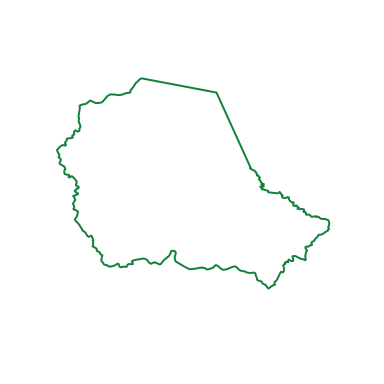 Vallecillo, Francisco Morazán, Honduras, rotated 113°
{"feature_id": "27666195B71251784838701", "entity_name": "Vallecillo", "entity_type": "district", "adm_level": 2, "iso_a3": "HND", "parent_name": "Honduras", "parent_adm1": "Francisco Morazán", "projection": "equal_earth", "projection_center": [-87.364, 14.533], "detail": "fine", "context": "isolated", "style": "outline", "palette": "green", "viewbox_px": 384, "rotation_deg": 113, "n_neighbors": 0, "source": "geoboundaries", "source_scale": "gbopen_adm2", "svg_char_len": 6023}
<svg xmlns="http://www.w3.org/2000/svg" viewBox="0 0 384 384"><g transform="rotate(113 192 192)"><path d="M167.4,325.7L167.6,325.2L167.8,324.9L170.0,324.4L171.8,323.6L172.6,322.8L173.2,321.9L175.3,320.3L175.9,320.1L177.6,320.5L179.1,319.6L179.4,319.6L180.1,319.8L181.1,321.0L181.1,321.6L180.7,323.2L180.8,323.5L181.1,323.7L183.2,324.1L184.4,323.1L184.9,322.9L185.4,323.2L186.1,323.8L187.2,324.2L188.2,323.2L188.7,323.1L189.0,323.4L189.2,324.1L189.6,324.4L190.4,325.7L191.3,327.6L191.7,327.9L194.4,327.6L196.3,328.3L197.5,326.8L197.9,326.5L198.4,326.5L198.8,326.8L198.9,327.9L199.3,329.3L200.1,330.1L201.8,331.2L205.9,332.6L206.4,332.5L208.6,330.1L209.1,329.1L209.5,328.7L210.1,328.4L211.7,328.5L212.2,328.3L212.6,326.4L213.0,325.8L214.3,325.1L216.3,325.4L216.9,325.3L217.3,325.1L217.7,324.5L217.9,323.6L218.5,319.5L220.1,317.8L220.6,317.5L221.2,317.8L221.8,317.9L223.7,317.4L224.9,316.4L225.1,315.9L225.1,314.8L224.5,312.4L224.5,311.6L224.9,311.2L226.4,311.4L226.6,310.9L226.3,310.2L225.3,309.6L224.6,309.0L224.4,308.5L224.6,307.8L226.0,304.5L227.4,302.1L230.5,301.7L231.2,301.3L231.4,299.0L231.7,298.3L232.3,298.0L232.9,298.0L233.3,298.3L233.5,299.0L233.8,299.4L235.1,299.4L236.2,300.3L236.8,300.4L237.1,300.1L237.4,299.5L237.7,296.8L238.1,296.4L238.5,296.2L239.0,296.5L240.1,297.8L241.2,298.6L241.8,299.6L242.1,299.7L242.4,299.4L242.8,298.5L244.8,296.5L245.5,296.4L248.0,296.9L249.2,296.9L249.7,296.7L251.0,295.1L251.7,294.6L252.3,294.4L253.0,294.6L254.1,294.4L254.3,294.0L254.0,293.0L254.3,290.5L254.5,289.7L254.9,289.3L256.5,288.8L258.7,288.5L260.2,288.5L262.2,289.0L263.1,288.9L263.6,288.6L265.5,284.2L266.8,282.1L267.6,281.2L269.0,278.8L269.8,278.2L270.3,277.5L270.7,275.2L271.0,274.2L273.4,271.1L273.6,269.5L271.9,268.1L271.7,267.6L271.9,267.0L272.5,266.3L273.3,265.7L273.8,265.1L274.9,264.0L275.8,264.3L277.0,263.1L278.3,263.0L279.6,262.2L280.9,262.1L281.2,259.1L281.4,257.9L281.8,257.3L282.9,256.9L283.4,256.5L283.5,253.5L283.8,253.2L284.7,252.7L285.3,249.8L285.6,249.6L286.6,249.6L290.4,248.8L291.0,248.2L292.0,246.1L292.9,245.0L293.1,244.5L292.6,241.3L293.1,239.7L292.5,237.9L291.5,236.4L290.5,235.2L289.2,234.0L287.5,232.8L286.9,232.1L287.0,231.5L288.9,229.7L289.2,228.7L289.0,228.1L287.6,226.1L286.5,223.1L284.3,222.9L283.4,222.4L282.7,221.3L282.3,219.8L281.4,218.4L280.6,218.8L279.5,220.1L279.0,220.2L278.6,220.0L275.8,216.5L274.4,213.9L273.1,212.4L272.3,210.8L271.9,209.1L272.0,207.4L272.4,206.1L273.9,203.7L274.1,202.2L273.9,201.4L271.9,199.7L271.3,198.9L271.3,195.4L271.4,194.2L271.1,193.2L270.6,192.7L269.9,192.4L267.5,191.9L265.4,191.1L259.4,188.0L257.0,187.9L254.4,188.0L253.9,187.5L253.6,186.5L253.2,184.5L253.4,184.0L253.8,183.6L255.4,182.8L258.0,182.7L259.1,182.3L260.8,181.3L261.8,180.3L262.3,179.7L262.6,178.4L262.7,176.3L263.0,175.4L263.1,173.4L263.6,170.5L264.0,164.8L263.7,163.5L262.9,161.8L260.6,157.9L259.6,156.6L257.9,153.8L257.1,150.9L257.0,150.0L257.4,149.2L257.5,148.5L257.4,147.7L257.0,147.0L255.7,145.4L253.3,143.0L250.6,142.0L250.1,141.5L249.9,140.6L249.8,139.5L251.1,136.1L251.4,133.6L251.3,132.5L249.6,129.9L245.3,125.7L244.2,124.3L243.7,123.3L243.7,122.4L243.9,121.3L244.8,119.2L245.3,118.0L245.3,115.8L245.1,114.6L244.6,113.2L244.5,109.3L244.4,108.5L243.8,106.8L242.4,104.2L241.9,103.1L241.9,102.5L242.7,101.4L244.1,100.5L245.8,98.7L247.0,98.0L247.5,97.4L247.6,96.3L247.3,94.2L247.4,92.9L247.7,92.3L248.6,91.4L248.9,87.8L250.4,85.4L250.8,84.3L250.7,83.6L248.1,82.3L245.8,80.5L244.8,79.5L244.1,80.3L242.9,80.7L242.0,80.5L240.6,79.8L239.1,79.5L231.3,79.1L230.6,78.7L230.5,77.1L230.2,76.8L229.7,76.6L228.3,76.7L227.4,76.9L225.5,78.1L224.0,79.3L222.7,79.0L222.5,78.5L221.4,78.0L220.8,78.2L220.8,78.7L220.4,78.8L219.1,77.5L219.2,76.7L219.0,76.2L217.6,76.7L216.5,76.6L216.5,76.0L216.7,74.7L216.6,73.7L216.4,72.7L216.0,72.2L215.4,72.1L214.5,72.5L212.2,74.2L211.6,74.0L211.1,73.2L210.7,72.3L210.6,71.4L211.0,65.5L210.5,63.4L210.5,61.3L210.2,60.9L209.7,60.9L207.4,62.4L205.6,63.0L202.2,63.6L201.4,63.2L201.0,63.2L200.6,63.5L199.9,65.0L199.1,65.9L197.9,65.8L197.5,65.4L196.8,63.5L195.3,62.7L194.0,61.0L193.7,61.0L193.3,61.2L192.5,62.1L191.7,62.2L190.9,61.9L189.2,60.4L187.9,60.4L186.8,60.2L183.7,58.8L182.1,58.8L181.7,58.4L181.2,57.1L179.5,55.2L176.7,53.6L174.6,51.9L173.8,52.1L172.5,51.4L171.4,52.8L169.0,52.9L167.2,53.4L165.7,54.5L164.7,55.6L164.8,58.6L166.2,62.5L166.1,64.2L165.5,65.3L165.4,66.0L166.5,67.9L166.3,68.3L165.9,68.4L166.0,68.8L166.6,69.6L168.0,72.0L167.6,73.9L167.2,74.5L167.0,75.2L167.2,75.9L168.1,77.5L168.2,77.9L168.0,78.2L167.2,78.8L166.7,79.0L166.5,79.3L166.4,79.7L166.7,80.8L166.6,81.5L166.5,81.8L166.2,81.8L165.2,81.4L164.3,82.4L164.8,84.5L165.7,85.9L165.5,86.3L164.9,87.1L164.8,87.5L165.0,87.7L166.0,87.8L166.2,88.1L164.8,88.8L164.1,89.3L163.6,90.8L163.7,91.1L164.5,91.3L164.7,91.5L164.8,93.5L161.9,94.5L161.9,95.0L162.4,95.5L162.6,96.0L162.1,97.5L162.0,98.3L160.8,99.9L159.2,100.8L159.2,101.4L159.4,102.0L160.8,103.3L161.7,105.4L161.8,105.8L161.0,107.5L160.6,107.6L159.9,107.3L159.3,108.8L158.2,110.2L157.8,111.2L157.9,111.5L159.2,111.9L159.5,112.2L160.2,114.1L162.3,121.1L162.4,121.5L162.2,121.9L161.3,122.3L161.2,122.4L161.4,124.7L161.6,127.4L162.2,128.3L162.2,128.8L161.1,129.3L160.7,130.5L160.0,129.2L159.1,128.5L158.8,128.4L158.8,130.4L158.7,130.8L158.4,130.9L158.1,130.7L157.1,129.0L156.8,129.0L156.7,130.6L156.2,132.5L155.2,132.9L154.3,135.0L153.9,135.5L153.4,135.6L152.4,135.1L152.2,135.2L151.6,136.5L151.0,137.4L151.4,138.4L151.3,138.8L151.1,138.9L150.4,138.9L148.5,141.4L148.0,142.9L147.9,145.9L147.4,147.9L147.1,147.9L146.8,147.5L90.9,208.3L106.8,281.5L107.0,282.5L107.6,283.4L109.3,284.4L111.8,285.4L114.3,286.5L117.7,286.9L121.7,288.1L123.5,288.1L124.5,287.8L124.8,287.9L126.1,290.3L128.1,292.9L129.7,294.3L131.7,297.9L132.0,298.6L132.1,299.8L132.4,300.9L133.4,303.7L134.2,305.4L135.2,306.3L136.9,307.4L143.7,309.5L145.0,310.4L146.5,312.7L147.7,315.3L147.8,316.6L147.5,320.1L147.7,321.5L152.0,323.8L153.2,325.3L154.2,327.0L156.1,329.0L156.8,329.1L157.7,328.4L159.1,327.9L166.6,326.1L167.4,325.7Z" fill="none" stroke="#15803d" stroke-width="2"/></g></svg>